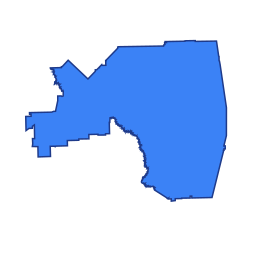 Hay, New South Wales, Australia (Mercator projection), rotated 261°
{"feature_id": "25037944B78300731498703", "entity_name": "Hay", "entity_type": "district", "adm_level": 2, "iso_a3": "AUS", "parent_name": "Australia", "parent_adm1": "New South Wales", "projection": "mercator", "projection_center": [144.56, -34.157], "detail": "fine", "context": "isolated", "style": "filled", "palette": "blue", "viewbox_px": 256, "rotation_deg": 261, "n_neighbors": 0, "source": "geoboundaries", "source_scale": "gbopen_adm2", "svg_char_len": 5880}
<svg xmlns="http://www.w3.org/2000/svg" viewBox="0 0 256 256"><g transform="rotate(261 128 128)"><path d="M51.6,156.7L51.2,159.6L49.0,159.3L48.9,163.3L50.8,163.6L49.9,170.0L50.3,170.1L49.1,178.4L51.0,178.7L50.8,180.3L48.9,180.1L46.2,200.1L90.9,219.0L91.2,218.1L91.0,219.4L92.4,219.6L92.2,220.8L95.1,221.2L95.3,219.9L105.1,224.0L132.7,228.4L176.0,228.9L179.9,228.8L180.2,228.5L184.5,229.1L184.8,228.8L200.0,229.0L203.0,208.0L203.8,208.1L205.2,198.0L204.8,197.9L207.5,178.5L207.0,178.8L206.8,178.1L206.4,178.6L206.4,177.6L205.9,177.4L204.7,177.5L204.5,176.4L203.4,176.0L209.8,131.0L209.6,130.5L208.5,130.4L198.5,117.1L198.0,117.0L198.1,116.5L193.4,115.9L193.9,112.1L194.7,112.0L192.7,109.3L192.1,109.2L192.2,108.7L190.4,106.2L190.6,104.8L189.1,104.6L182.7,96.1L204.3,79.5L198.9,72.6L199.0,71.8L198.1,71.6L199.5,60.7L199.1,60.7L199.1,61.1L198.2,61.1L198.2,61.7L197.5,62.0L197.3,62.9L197.6,63.1L197.0,63.4L197.1,63.8L196.5,63.9L196.3,63.4L195.7,63.1L195.4,63.5L195.2,62.6L195.0,63.1L194.3,62.9L194.1,63.6L192.8,62.9L192.9,63.3L191.8,63.6L191.8,64.1L190.8,64.7L190.4,64.6L190.7,63.9L190.0,63.9L190.0,64.4L189.7,64.0L189.5,64.4L189.0,64.2L187.8,64.8L186.9,64.5L187.0,64.9L186.4,64.9L186.4,64.5L185.7,64.4L186.0,64.1L184.8,63.6L185.0,62.9L183.8,62.6L183.8,63.0L183.5,62.8L183.7,63.2L183.3,63.1L183.9,63.9L183.4,64.0L183.5,64.7L183.1,64.7L183.5,65.0L183.0,65.5L183.3,65.8L182.9,65.8L183.2,66.3L182.4,66.3L182.3,65.9L182.2,66.5L181.9,66.4L182.2,66.7L181.8,66.5L181.9,66.9L181.5,66.7L181.5,67.0L181.1,66.3L181.2,66.9L179.1,66.7L179.2,67.2L178.8,67.2L178.8,67.5L178.4,67.0L178.6,66.9L178.0,67.0L178.2,67.3L177.4,67.6L177.4,68.2L176.5,68.3L176.5,68.9L176.3,68.2L174.9,68.3L175.1,68.8L174.8,69.0L175.1,69.5L174.3,69.5L174.3,69.8L169.8,69.0L169.5,67.7L170.1,67.1L170.6,63.6L166.0,62.9L155.8,59.0L156.1,57.2L155.6,55.1L158.6,33.1L156.9,32.9L156.7,34.4L154.7,34.1L155.4,28.8L141.4,26.9L143.1,30.1L142.7,33.5L144.7,33.9L145.7,36.0L132.1,34.1L132.5,32.0L127.2,31.4L124.7,30.6L123.7,36.1L113.5,34.7L112.0,47.0L122.1,48.3L121.5,52.6L120.9,53.1L121.4,53.7L119.9,65.4L125.1,66.1L123.6,77.5L124.8,77.7L123.4,87.7L127.7,88.3L126.5,97.4L125.7,97.3L124.6,104.7L125.8,104.9L125.3,108.9L136.5,110.4L136.4,110.9L140.9,111.8L141.0,113.0L140.3,113.1L140.7,113.5L140.5,114.2L140.9,114.2L141.0,114.9L140.5,114.8L140.2,115.8L139.9,115.4L139.7,116.2L139.3,115.8L139.6,116.3L139.2,116.9L139.5,117.1L138.9,116.9L138.6,117.2L138.6,116.6L137.7,117.1L137.0,116.6L136.7,116.9L136.8,116.4L136.5,116.3L135.3,116.8L135.4,117.2L134.6,117.0L134.7,117.4L134.1,117.3L134.1,117.6L133.8,117.4L133.8,117.8L133.5,117.7L133.3,118.1L133.5,118.6L133.0,118.5L133.3,118.9L132.8,119.0L132.6,119.5L132.1,119.3L132.0,119.7L131.5,119.6L131.6,120.1L131.2,120.1L131.5,120.6L131.1,120.6L131.4,121.2L130.9,121.1L130.9,121.9L130.6,121.6L130.4,122.0L129.7,121.7L129.4,122.0L129.2,121.6L129.1,122.1L128.5,122.0L128.9,122.6L128.3,123.2L128.7,123.5L128.1,123.4L128.3,123.8L127.8,123.6L127.5,124.1L127.1,123.7L127.3,124.4L126.7,123.8L126.4,124.0L126.5,123.6L126.1,123.9L125.8,123.5L125.5,124.2L125.0,124.2L125.3,125.5L124.8,125.2L124.8,125.7L124.4,125.6L124.8,126.0L124.4,126.3L124.9,126.7L124.2,127.1L124.2,127.7L123.9,127.7L124.2,128.0L123.9,128.5L124.7,128.4L124.2,128.9L124.4,129.4L124.0,129.6L124.4,129.9L123.7,129.9L124.0,130.4L123.1,130.1L123.4,130.7L123.0,130.5L122.6,131.4L122.3,131.0L122.2,131.6L121.9,131.3L122.0,131.8L121.5,131.4L121.3,131.7L121.3,131.3L121.0,131.8L120.7,131.5L120.6,132.1L120.3,132.1L120.6,132.5L119.8,132.9L119.9,133.9L119.3,134.4L119.1,134.0L118.7,135.1L118.4,135.0L118.7,135.3L118.2,135.2L118.5,135.4L118.1,135.7L117.7,135.5L117.4,135.9L116.9,135.8L117.0,135.5L116.6,135.9L116.4,135.7L116.4,136.1L115.9,136.1L115.9,136.5L115.5,136.2L115.3,136.7L115.5,136.8L114.9,136.7L114.7,137.2L113.3,136.4L113.5,136.9L113.1,137.2L113.4,137.2L113.0,137.4L112.7,137.4L112.7,136.7L112.2,137.1L111.7,136.4L111.3,136.7L110.8,136.5L110.8,136.9L110.4,136.5L110.0,136.8L110.3,137.2L109.8,137.7L109.3,137.5L109.3,138.0L108.9,137.5L108.6,137.9L108.6,137.3L108.1,137.4L108.0,137.0L107.7,137.1L107.7,136.7L107.5,137.1L107.2,136.7L107.2,137.2L106.6,137.4L106.4,136.9L105.2,136.5L104.8,136.8L104.8,137.4L104.5,137.3L104.9,138.0L103.1,138.1L103.5,138.5L103.1,139.0L103.6,139.0L103.1,139.5L102.4,138.9L101.9,139.1L102.2,139.5L101.5,139.9L101.1,139.3L100.3,139.6L100.2,139.2L100.1,139.8L99.9,139.7L100.2,140.0L99.7,140.2L99.3,139.8L99.3,140.2L98.9,139.9L98.5,140.3L98.5,139.9L98.2,140.1L97.5,139.3L97.3,139.8L96.7,139.6L96.9,140.3L96.3,140.6L96.0,139.9L95.3,139.5L94.6,139.5L94.5,140.2L94.1,140.2L94.2,140.5L93.7,140.3L93.3,138.6L92.9,139.0L91.9,138.5L92.2,138.9L91.9,139.3L92.2,139.9L91.5,139.7L91.1,140.1L90.6,139.3L90.9,139.0L90.7,138.8L89.9,139.0L90.0,139.4L89.3,139.3L89.3,138.7L88.0,138.3L87.8,138.9L86.9,138.7L86.8,139.4L87.3,139.9L86.6,139.8L86.2,140.0L86.4,140.3L85.7,140.3L85.7,140.7L85.3,140.6L85.5,141.3L85.0,140.9L84.8,141.3L84.6,140.9L84.5,141.3L83.6,141.5L82.6,140.8L81.9,140.9L81.7,140.3L81.4,140.7L80.8,140.0L80.5,140.2L80.4,139.5L80.0,139.6L79.9,138.8L79.6,138.9L79.7,138.6L79.0,138.1L78.9,138.5L78.4,138.3L78.7,137.7L78.4,137.3L78.1,137.2L78.0,137.6L77.8,137.0L77.0,137.1L77.1,136.5L77.4,136.5L77.1,136.1L77.4,135.3L76.7,135.0L76.7,134.7L76.1,134.6L76.0,135.1L75.6,134.4L74.9,134.5L74.2,134.0L74.3,133.4L72.7,133.0L72.4,132.3L72.4,132.7L71.5,133.3L70.7,134.6L71.1,134.9L70.5,135.5L70.6,136.0L70.3,135.7L69.7,136.2L69.7,135.6L69.3,135.9L69.2,135.4L68.7,135.7L68.9,136.0L68.2,135.9L68.2,136.3L67.7,136.3L67.6,136.8L67.0,136.8L67.5,137.5L67.0,138.1L67.3,138.3L67.1,138.6L67.5,138.5L66.9,139.2L67.5,139.4L66.8,139.9L67.1,140.7L66.3,140.9L66.6,142.9L66.4,143.6L65.8,143.8L66.0,144.1L65.6,144.2L65.8,144.5L65.4,144.9L65.2,144.5L64.9,145.0L64.7,144.4L63.9,144.7L63.8,144.3L63.2,144.8L63.0,144.4L62.6,144.5L53.0,155.4L52.4,155.6L52.4,156.1L52.0,156.5L52.3,157.0L51.6,156.7Z" fill="#3b82f6" stroke="#1e3a8a" stroke-width="1.5"/></g></svg>